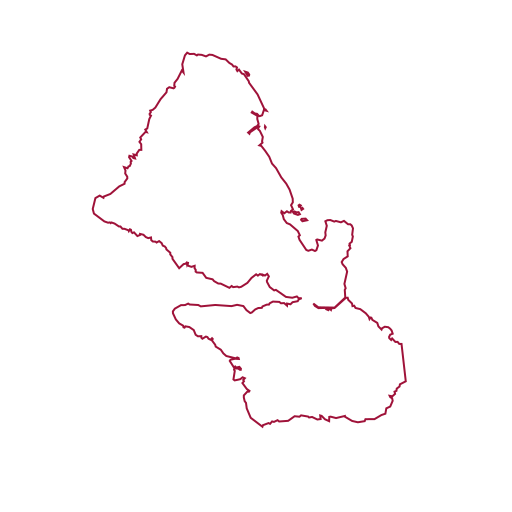 the district of Tol, Chuuk, Federated States of Micronesia, rotated 143°
{"feature_id": "79324940B54997452530027", "entity_name": "Tol", "entity_type": "district", "adm_level": 2, "iso_a3": "FSM", "parent_name": "Federated States of Micronesia", "parent_adm1": "Chuuk", "projection": "natural_earth1", "projection_center": [151.62, 7.349], "detail": "fine", "context": "isolated", "style": "outline", "palette": "rose", "viewbox_px": 512, "rotation_deg": 143, "n_neighbors": 0, "source": "geoboundaries", "source_scale": "gbopen_adm2", "svg_char_len": 6136}
<svg xmlns="http://www.w3.org/2000/svg" viewBox="0 0 512 512"><g transform="rotate(143 256 256)"><path d="M192.7,98.2L194.5,99.6L194.6,102.2L196.4,103.5L196.9,108.2L198.6,107.6L199.0,110.2L198.4,111.3L196.2,112.4L193.6,111.7L192.5,114.9L192.6,117.1L193.2,119.5L195.7,122.0L198.8,122.4L200.0,121.7L200.6,126.1L199.4,129.6L201.5,134.9L201.0,137.3L201.5,137.9L203.3,137.3L202.5,139.6L202.8,144.2L204.7,150.8L207.8,154.6L207.5,157.2L209.1,157.9L207.9,160.3L208.7,165.5L207.9,167.5L209.4,168.5L224.6,167.2L227.3,168.8L228.6,167.8L228.9,169.8L230.8,169.2L231.7,170.8L230.9,170.8L231.2,172.3L237.5,176.8L239.0,180.7L238.8,183.5L237.1,177.5L224.3,167.5L209.7,169.1L205.5,175.5L203.8,176.3L202.2,180.5L192.6,188.7L191.4,192.5L191.8,197.3L191.2,199.6L187.9,200.9L183.0,200.5L180.1,204.7L175.9,205.4L175.2,208.3L174.5,208.1L173.8,209.6L171.0,209.7L166.9,213.3L166.4,215.1L161.9,219.7L161.2,222.8L161.6,224.6L163.4,226.0L164.6,231.1L167.9,231.8L171.1,235.9L172.8,236.4L175.0,240.0L177.4,241.6L179.7,242.0L181.3,237.5L186.4,233.2L188.0,230.5L190.8,228.7L194.1,228.6L197.2,232.4L198.2,232.5L200.2,227.1L204.3,224.3L205.9,224.5L207.5,227.5L211.1,228.7L212.2,230.6L211.5,242.7L210.4,246.0L208.5,246.2L207.6,250.8L209.8,260.8L211.6,263.8L211.6,268.7L210.0,272.6L209.8,275.4L208.6,276.4L207.7,273.1L204.4,273.1L203.7,271.1L202.2,269.9L201.0,270.9L198.4,271.0L197.4,275.5L194.3,276.7L192.2,279.7L189.2,288.9L188.3,295.6L188.5,303.6L187.1,314.1L187.6,320.2L185.7,327.3L185.4,334.3L185.5,340.7L186.7,342.3L182.6,342.6L182.1,344.0L178.9,347.0L177.6,353.7L178.0,355.9L176.8,357.2L177.4,357.9L180.3,358.1L186.4,358.4L187.7,357.6L188.0,359.3L179.7,359.7L177.0,359.1L174.4,359.9L172.5,364.7L170.5,367.1L173.1,373.1L172.1,373.5L171.2,370.6L169.6,368.9L169.3,365.8L168.7,365.4L166.4,364.7L161.6,368.0L160.7,369.1L157.5,384.1L157.3,398.4L156.6,400.0L156.2,408.4L157.5,410.3L157.4,415.1L159.6,414.9L159.4,416.7L157.7,418.0L158.3,419.8L159.9,420.9L159.9,423.3L161.1,426.2L161.9,431.3L165.2,434.5L169.8,442.8L172.1,444.9L175.8,445.5L178.3,449.3L181.1,451.8L182.5,451.8L183.8,454.7L187.4,457.2L188.6,459.8L192.0,459.0L199.5,453.5L203.5,446.1L203.6,448.8L212.1,444.6L216.8,443.4L218.9,441.1L218.7,440.0L219.8,439.5L220.9,439.5L223.7,443.0L226.4,443.1L229.0,440.6L237.8,438.7L247.1,435.1L250.6,434.9L253.0,435.8L253.4,434.2L255.5,433.5L255.9,432.6L255.4,431.3L258.8,429.6L266.1,423.3L268.3,423.6L268.7,420.6L269.5,421.6L277.1,420.3L277.5,418.3L280.4,417.3L280.4,414.4L283.7,409.8L285.3,411.0L289.6,409.6L290.6,408.2L292.6,410.7L293.9,406.7L295.0,408.0L295.0,410.0L296.8,412.2L297.9,411.3L298.2,406.8L299.5,406.6L300.3,405.1L302.8,403.8L303.9,404.3L305.8,403.4L307.9,406.4L308.8,402.8L310.8,400.6L311.1,396.8L312.1,395.4L316.4,394.1L317.5,392.8L323.3,393.9L335.0,393.2L341.8,395.1L342.8,394.3L344.5,398.3L349.4,398.9L358.1,391.8L359.9,387.4L356.3,374.9L354.1,371.6L352.5,370.8L352.3,369.7L351.2,369.7L349.4,367.0L347.7,362.1L346.5,361.2L346.3,358.1L344.7,356.9L342.4,353.3L342.6,352.4L340.6,353.2L340.1,352.2L341.0,350.3L340.9,348.7L339.2,348.3L338.7,343.3L335.9,342.6L335.3,343.4L333.1,340.7L332.6,337.4L331.3,335.1L328.7,334.0L330.1,331.7L329.7,329.7L327.6,327.9L327.3,326.6L324.4,326.2L323.6,323.1L324.2,320.4L323.1,318.5L323.0,316.4L323.6,315.2L322.5,310.2L323.5,308.9L323.4,305.4L324.4,304.0L324.7,292.5L318.7,293.1L316.9,292.2L315.5,292.4L316.1,291.0L315.0,291.8L314.5,291.4L316.4,289.6L314.1,286.2L310.9,285.1L312.4,283.2L312.5,281.2L313.6,279.9L313.2,278.5L308.8,274.7L308.9,268.5L304.7,263.5L304.6,261.2L302.7,256.7L300.8,255.2L296.4,246.6L293.5,246.7L293.0,244.9L289.3,242.8L288.5,241.2L286.4,240.3L279.1,239.7L272.8,241.2L266.9,241.3L266.3,239.2L263.7,239.2L263.1,237.8L262.3,237.8L262.2,236.2L261.3,236.3L260.6,235.0L257.8,235.0L258.0,232.0L262.2,229.8L262.8,228.7L263.7,222.9L262.2,217.6L260.5,217.0L256.7,205.3L252.1,200.8L247.7,199.1L247.4,196.7L244.9,194.8L248.0,195.6L249.9,194.8L254.6,197.1L257.5,196.7L259.8,199.3L261.1,197.7L261.9,201.5L264.5,203.2L265.0,205.3L269.9,209.4L273.5,210.0L274.9,209.4L276.7,210.7L281.1,211.8L282.6,211.1L285.5,213.1L288.8,213.8L293.4,213.4L294.9,213.9L296.2,218.5L296.2,223.6L300.5,228.4L305.7,230.7L318.0,241.4L330.4,249.0L331.6,251.6L338.2,257.2L338.8,258.8L342.2,259.5L345.5,261.9L352.5,262.8L355.7,261.8L356.8,260.2L358.2,253.6L357.9,248.4L356.1,244.2L356.8,242.7L356.2,241.8L354.7,242.3L352.0,239.4L350.3,234.3L351.6,229.4L350.7,226.8L347.9,224.9L348.8,223.7L348.6,222.2L344.5,221.8L343.6,220.5L343.7,218.5L342.7,216.5L340.6,216.8L340.5,215.8L342.0,215.0L342.0,209.7L342.7,207.9L340.5,202.3L340.7,197.9L339.9,194.0L333.8,186.5L332.1,186.3L331.3,185.0L331.7,184.1L334.5,186.5L338.8,188.5L340.1,188.0L340.7,180.3L339.1,180.3L338.9,178.8L336.0,177.5L335.9,175.0L336.7,174.3L337.3,174.8L338.0,176.9L340.9,179.2L342.0,178.4L342.1,177.0L348.3,171.0L347.9,169.5L345.4,168.3L342.7,167.1L339.7,167.2L338.5,165.1L340.8,164.7L341.0,163.2L343.3,162.7L343.4,155.4L342.4,152.2L343.3,151.9L344.5,152.9L349.6,152.0L350.9,150.3L352.4,146.9L352.4,144.7L355.1,139.9L357.6,130.0L353.6,115.8L352.3,116.7L346.5,115.0L345.8,113.5L342.7,114.2L341.5,112.7L337.6,111.9L337.1,109.9L329.5,105.0L321.6,104.8L318.0,101.5L315.9,101.6L311.0,96.4L310.8,95.1L308.1,93.7L305.4,88.5L302.5,86.9L300.7,90.0L299.8,88.8L299.2,84.1L297.0,80.1L294.3,83.4L293.1,82.8L289.6,78.4L281.4,74.8L281.8,74.4L278.5,66.4L274.7,61.9L268.6,58.7L266.8,59.8L259.5,54.4L251.5,53.5L247.6,52.2L243.6,55.9L239.4,55.0L234.0,58.1L232.9,60.4L233.7,62.4L233.4,63.9L231.5,61.9L227.9,62.2L227.0,64.3L225.0,63.8L223.4,65.4L219.9,65.4L218.3,66.9L211.8,65.8L192.7,98.2ZM197.8,263.6L195.8,263.0L195.6,265.4L197.3,266.4L198.6,268.6L200.0,268.9L200.1,267.0L197.8,263.6ZM197.2,258.2L198.2,257.8L198.0,255.8L193.7,253.8L193.9,256.0L197.2,258.2ZM153.7,409.7L154.2,404.9L153.0,404.3L152.2,405.0L152.1,407.4L153.7,409.7ZM191.9,265.4L190.0,265.3L190.0,266.6L191.4,266.9L191.9,265.4ZM189.8,269.3L190.4,270.8L191.5,270.8L192.0,269.3L191.3,268.7L189.8,269.3ZM160.9,367.8L161.2,367.0L160.2,365.7L160.2,367.4L160.9,367.8ZM170.7,354.2L171.4,353.5L171.7,352.5L170.7,353.0L170.7,354.2ZM176.0,358.6L176.5,357.9L176.3,357.2L175.4,357.5L176.0,358.6Z" fill="none" stroke="#9f1239" stroke-width="2"/></g></svg>